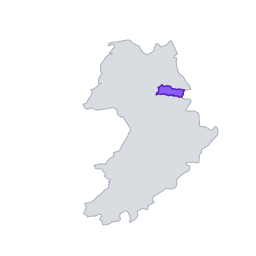 location of Koubia, Mali, Guinea, rotated 59°
{"feature_id": "49546643B77076064318361", "entity_name": "Koubia", "entity_type": "district", "adm_level": 2, "iso_a3": "GIN", "parent_name": "Guinea", "parent_adm1": "Mali", "projection": "equal_earth", "projection_center": [-11.645, 11.768], "detail": "fine", "context": "in_parent", "style": "filled", "palette": "violet", "viewbox_px": 256, "rotation_deg": 59, "n_neighbors": 0, "source": "geoboundaries", "source_scale": "gbopen_adm2", "svg_char_len": 5734}
<svg xmlns="http://www.w3.org/2000/svg" viewBox="0 0 256 256"><g transform="rotate(59 128 128)"><path d="M152.1,171.7L150.3,171.4L149.6,171.8L147.3,175.4L145.9,176.8L143.8,176.3L143.0,176.6L142.5,176.2L143.3,174.2L144.3,170.3L147.1,166.4L147.2,165.6L146.1,163.3L144.9,160.2L144.8,156.8L144.6,154.4L142.1,153.7L141.7,153.3L141.6,152.5L143.0,148.4L143.1,147.5L142.9,146.8L141.4,144.6L139.0,140.7L135.0,132.6L133.4,130.9L132.0,128.4L131.4,126.8L129.9,126.3L115.7,126.4L115.4,128.5L110.6,129.9L107.5,128.3L104.2,129.2L102.5,130.3L101.3,135.0L100.6,136.0L99.8,138.2L99.2,139.3L98.5,141.7L96.9,145.0L95.2,147.1L92.3,148.3L91.4,151.8L90.8,153.1L89.7,154.1L88.5,154.8L86.2,154.1L84.9,154.7L84.6,153.8L85.4,151.1L84.8,149.6L82.6,146.8L82.4,145.4L81.7,143.6L78.7,139.9L76.0,140.1L76.8,137.0L76.7,132.9L75.8,130.6L76.1,128.3L75.5,128.5L74.6,130.1L73.1,129.6L70.1,127.1L68.7,124.7L68.5,122.7L68.1,121.9L67.2,122.3L65.4,122.3L59.6,118.7L55.6,109.7L55.5,107.6L56.1,104.1L56.0,103.2L54.1,105.5L53.8,103.9L52.3,100.3L51.9,98.2L50.6,97.3L49.5,97.1L48.6,97.8L47.5,102.1L46.7,102.0L45.8,101.1L46.0,98.0L48.2,94.0L51.9,84.0L53.2,81.7L54.1,80.9L55.8,80.9L59.2,79.5L63.4,76.4L66.6,76.7L70.3,76.3L75.2,74.1L75.3,67.4L75.1,66.0L73.4,64.6L72.4,63.5L71.5,62.0L70.5,60.9L70.5,59.8L72.7,58.4L74.7,58.4L75.3,57.8L75.8,56.9L76.4,54.5L76.6,51.9L75.3,48.5L75.4,46.1L82.6,46.5L86.5,47.1L89.7,47.3L90.2,47.9L89.8,50.2L90.2,51.6L91.3,52.0L93.1,50.3L94.0,50.7L96.1,52.7L97.9,53.3L100.0,54.4L101.9,55.0L103.6,54.9L104.9,56.1L107.3,56.4L110.4,55.0L112.8,54.3L116.2,54.2L118.0,54.7L123.2,53.5L127.3,54.2L126.7,55.0L124.8,60.3L125.0,61.3L129.2,65.8L130.2,66.1L131.3,65.5L133.1,63.4L134.5,61.1L135.9,60.0L137.5,60.1L138.7,61.7L141.7,68.4L142.4,69.3L143.1,69.3L144.4,68.0L145.1,66.5L147.8,62.1L152.1,59.9L162.2,65.0L163.7,65.3L164.5,65.0L165.8,62.0L169.6,59.4L171.4,58.7L172.4,58.6L172.8,57.8L173.0,56.6L172.8,55.3L171.6,53.0L171.6,52.4L172.3,51.9L173.7,51.6L175.6,51.8L177.7,52.8L179.4,54.2L180.4,55.9L182.3,63.0L184.5,68.6L184.4,76.0L185.4,76.8L186.4,77.1L186.9,77.7L187.9,80.8L188.9,81.7L190.1,81.9L192.3,83.8L193.7,84.6L193.9,85.2L193.8,86.0L193.3,87.1L191.2,89.1L190.1,90.9L188.0,95.1L187.9,95.9L188.4,96.5L189.3,96.6L190.2,96.3L192.2,94.7L193.8,95.3L195.3,96.5L195.8,97.7L196.0,99.3L195.6,101.4L195.6,103.7L196.1,107.6L196.9,111.6L197.7,113.0L202.7,116.5L203.2,117.8L203.4,119.3L203.1,121.3L202.6,122.4L199.9,125.5L199.4,127.0L199.7,129.7L199.9,141.3L201.0,143.3L202.3,144.3L205.3,143.7L205.2,146.9L204.8,150.5L206.6,151.6L207.5,152.7L208.0,153.8L205.2,155.7L204.4,156.8L204.0,159.8L204.1,162.6L207.9,164.6L209.3,166.9L210.0,169.4L210.2,173.9L209.9,175.0L208.9,175.0L207.0,172.2L204.1,171.9L202.0,171.4L198.4,171.7L197.8,172.6L197.4,178.6L198.2,179.7L200.0,180.8L201.1,181.3L202.0,181.2L202.7,181.9L202.9,183.9L202.4,185.4L201.5,186.8L200.3,190.3L200.6,193.5L198.6,198.6L198.0,199.6L195.3,198.6L193.5,198.3L192.3,199.6L190.5,197.6L190.2,196.0L189.6,195.7L188.4,195.7L187.3,196.6L186.8,198.2L186.6,201.5L184.7,204.6L183.3,208.5L181.7,208.1L181.3,208.6L179.6,209.6L178.2,209.9L177.8,208.9L176.9,208.0L176.0,206.4L174.9,205.0L172.9,204.1L172.0,204.5L171.1,204.4L170.4,203.9L170.5,203.1L171.6,201.0L172.2,199.2L172.5,197.1L172.5,195.2L171.9,192.5L171.0,190.3L170.8,189.0L170.9,187.3L170.7,185.6L170.4,184.7L169.9,181.6L169.4,181.0L169.1,178.5L169.2,175.9L168.4,174.9L167.1,174.2L166.4,173.2L165.9,172.0L165.5,171.7L165.1,171.8L164.7,172.5L164.3,172.6L163.6,170.2L163.3,170.1L162.8,170.7L157.0,173.3L156.2,171.1L155.1,170.6L153.2,171.6L152.1,171.7Z" fill="#d9dde1" stroke="#a8b0b8" stroke-width="1"/><path d="M129.2,65.7L128.1,64.6L127.9,64.5L128.0,63.9L127.7,63.3L127.6,63.1L127.4,63.0L127.1,63.0L126.8,62.9L126.4,62.7L126.2,62.6L125.7,62.2L125.5,61.8L125.3,61.6L125.3,61.4L125.0,60.9L125.0,60.7L125.0,60.4L124.9,60.0L125.0,59.8L124.9,59.9L124.8,60.0L124.7,60.0L124.5,60.3L124.4,60.4L124.4,60.5L124.2,60.6L124.0,60.8L123.9,60.9L123.9,61.0L123.7,61.1L123.5,61.3L123.4,61.4L123.3,61.5L123.2,61.7L123.1,61.8L123.0,62.0L122.9,62.0L122.7,62.1L122.6,62.3L122.4,62.5L122.2,62.7L122.2,62.8L122.0,63.0L121.9,63.1L121.7,63.3L121.5,63.5L121.4,63.7L121.3,63.8L121.2,63.9L121.1,64.1L120.9,64.4L120.9,64.5L120.7,64.8L120.6,65.1L120.5,65.4L120.4,65.5L120.3,65.8L120.2,66.0L120.2,66.3L120.1,66.5L119.6,66.9L119.0,67.5L118.8,67.6L118.5,67.9L118.2,68.2L117.9,68.8L117.6,69.3L116.9,70.2L116.8,70.3L116.3,70.2L115.7,70.2L115.1,70.0L114.4,70.2L113.9,70.7L113.3,71.1L112.8,71.6L112.4,72.1L112.0,72.7L111.7,73.8L111.3,74.7L110.9,75.6L110.7,76.1L110.0,76.3L109.3,76.4L108.9,76.4L108.5,76.5L108.5,77.0L108.8,78.2L108.9,79.1L108.9,80.0L108.8,80.5L108.8,81.0L108.8,81.3L109.3,81.4L110.1,81.5L110.9,81.7L111.4,82.2L111.9,82.6L112.2,82.8L112.4,83.1L112.5,83.3L112.6,83.6L112.7,84.2L112.7,84.5L112.8,85.5L113.1,85.9L113.6,86.3L114.0,86.6L114.2,86.3L114.3,85.9L114.4,85.0L114.5,84.5L114.5,84.4L114.9,83.7L115.5,83.1L116.2,82.4L116.5,81.8L116.6,81.0L116.9,80.4L117.0,80.1L117.8,79.6L118.1,78.8L118.4,78.4L118.7,78.3L119.0,78.2L119.4,78.1L119.5,77.9L119.8,77.7L120.0,77.3L120.1,77.1L120.3,77.0L120.5,76.9L120.8,76.9L121.0,76.8L121.0,76.7L121.1,76.4L121.2,75.7L121.3,75.4L121.6,75.0L122.2,74.4L122.5,73.4L122.6,72.8L122.9,72.1L123.1,71.9L123.2,72.1L123.4,72.2L123.8,72.6L123.9,72.4L124.0,72.3L124.0,72.2L124.1,71.9L124.2,71.6L124.3,71.5L124.3,71.4L124.5,71.2L124.8,71.1L125.0,70.9L125.2,70.7L125.3,70.5L125.4,70.4L125.5,70.2L125.6,69.8L125.7,69.7L125.8,69.5L125.8,69.4L126.0,69.2L126.3,68.9L126.4,69.0L126.5,69.0L126.8,69.0L126.9,68.9L127.0,68.9L127.2,68.7L127.3,68.7L127.5,68.6L127.7,68.4L127.8,68.3L127.9,68.1L128.0,68.0L128.1,67.8L128.2,67.6L128.3,67.4L128.3,67.1L128.4,66.9L128.5,66.7L128.7,66.4L128.8,66.2L129.1,66.0L129.2,65.8L129.2,65.7Z" fill="#8b5cf6" stroke="#5b21b6" stroke-width="1.5"/></g></svg>